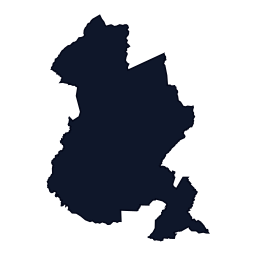 the district of Kazungula, Southern, Zambia
{"feature_id": "96606910B95953051402599", "entity_name": "Kazungula", "entity_type": "district", "adm_level": 2, "iso_a3": "ZMB", "parent_name": "Zambia", "parent_adm1": "Southern", "projection": "mercator", "projection_center": [25.557, -17.051], "detail": "fine", "context": "isolated", "style": "filled", "palette": "ink", "viewbox_px": 256, "rotation_deg": 0, "n_neighbors": 0, "source": "geoboundaries", "source_scale": "gbopen_adm2", "svg_char_len": 5798}
<svg xmlns="http://www.w3.org/2000/svg" viewBox="0 0 256 256"><path d="M99.7,15.4L92.9,19.3L91.3,20.9L90.2,23.1L88.8,23.5L87.8,24.2L86.7,26.8L85.5,27.9L84.4,30.3L84.1,33.4L84.9,35.1L83.6,36.8L81.3,37.7L79.0,37.9L76.7,41.4L74.7,42.5L73.4,42.6L72.8,43.1L72.6,43.9L71.9,43.9L71.1,45.0L69.2,45.9L68.3,45.8L64.7,48.6L63.3,50.4L62.5,50.5L60.5,53.5L60.2,54.8L58.9,55.4L59.2,56.2L56.8,58.7L55.5,59.2L55.2,61.9L53.4,63.4L53.1,64.9L53.6,65.3L51.7,67.5L52.0,68.4L51.4,69.2L53.1,69.7L53.2,70.2L54.4,71.1L55.2,70.9L55.5,71.8L56.4,71.9L57.3,72.6L56.9,73.7L58.7,74.1L58.9,74.7L59.2,74.6L60.2,75.3L60.3,76.0L62.1,77.1L62.2,78.5L61.5,79.4L61.4,80.8L60.2,82.4L63.6,82.1L64.0,82.5L69.5,83.5L69.0,84.3L70.7,84.2L72.7,85.1L74.5,85.1L75.1,84.6L75.9,86.1L77.9,87.0L76.5,95.9L80.7,111.8L79.2,116.8L72.7,121.0L69.3,117.4L69.0,118.0L69.4,119.0L69.9,118.8L70.1,119.3L69.4,120.9L69.3,122.4L68.4,124.3L68.8,125.4L69.6,125.5L70.8,126.6L70.1,128.1L70.7,129.6L70.5,130.2L69.5,130.9L69.3,131.6L69.7,131.9L69.3,132.6L65.7,133.3L65.0,135.2L64.2,134.6L63.8,134.8L63.9,135.9L63.1,136.7L63.2,137.3L63.6,137.4L63.4,138.3L62.5,139.4L61.8,139.0L61.7,140.5L60.6,141.1L60.8,142.6L62.2,143.1L62.5,144.3L63.6,144.6L64.2,148.0L63.3,148.3L63.2,149.5L62.4,150.7L61.5,151.1L61.0,150.7L59.2,151.8L58.9,152.3L59.3,153.2L59.1,153.8L58.3,154.2L58.2,155.7L57.5,155.6L57.1,155.1L55.6,155.7L55.5,157.6L55.0,158.7L53.9,158.9L53.7,159.6L52.3,160.6L51.8,162.9L52.6,163.1L52.4,164.1L53.5,165.0L53.5,165.6L52.9,166.1L53.3,167.0L52.9,167.0L52.6,168.4L52.8,173.8L51.6,174.8L50.6,177.1L49.2,177.8L49.2,178.5L48.2,180.1L48.1,181.3L47.5,181.7L48.3,183.5L47.8,185.8L48.4,186.2L47.9,187.3L49.1,188.1L50.1,191.4L51.2,192.4L52.8,192.3L53.7,191.0L56.1,191.8L56.5,192.9L55.5,195.3L55.7,196.3L56.3,196.6L56.8,196.3L57.1,194.5L58.1,194.7L58.2,196.4L60.0,197.7L60.6,200.1L62.2,200.4L61.4,202.9L61.6,203.4L62.3,203.6L61.3,205.1L61.4,205.7L62.7,205.5L64.4,203.9L65.7,204.0L66.1,204.6L65.9,206.1L66.9,205.3L67.6,205.3L68.7,206.8L68.9,208.0L68.4,209.7L69.8,210.2L72.2,212.8L76.4,213.0L80.9,215.8L85.5,219.6L90.0,221.4L92.4,220.6L95.5,222.7L97.9,222.3L99.7,223.0L102.1,221.7L106.0,222.9L107.5,224.2L108.4,224.3L110.2,224.0L113.0,221.2L116.0,221.5L117.1,222.2L119.1,221.2L120.9,221.3L120.5,210.0L137.0,210.6L138.0,209.9L137.7,208.9L139.0,208.0L139.0,207.1L139.7,206.9L140.1,205.8L140.0,204.7L148.8,204.9L148.9,203.9L152.6,200.0L155.3,199.7L155.5,198.8L162.7,200.7L166.6,203.5L167.0,205.1L165.9,206.3L166.4,206.6L166.3,208.1L165.4,208.2L165.8,209.1L163.9,210.7L163.5,210.3L162.7,210.6L162.5,212.2L161.8,212.6L162.0,213.4L161.4,215.2L159.5,216.4L159.6,216.9L159.0,217.1L158.8,218.0L157.8,218.1L156.8,219.7L155.6,220.3L155.4,228.3L153.1,232.6L150.8,234.8L150.2,236.2L147.8,237.3L150.4,237.4L150.2,237.8L150.6,238.1L152.0,238.0L153.7,238.5L153.9,239.5L154.6,239.9L157.1,239.5L158.0,240.0L159.5,239.9L160.6,240.6L162.7,240.0L162.8,238.4L164.0,237.7L167.6,238.1L168.8,237.1L169.9,238.1L174.3,238.2L174.7,235.7L175.9,234.2L174.4,234.1L173.8,232.6L174.6,232.5L175.5,231.6L176.3,231.7L178.2,230.8L179.2,231.1L179.8,230.5L180.9,230.9L188.5,226.6L189.5,227.3L189.5,228.4L191.7,230.6L196.4,230.7L198.9,232.8L203.3,232.0L206.2,232.8L208.5,232.9L207.6,231.5L207.8,230.7L207.5,229.7L206.8,229.8L206.4,230.4L205.7,230.2L205.5,228.6L204.3,227.2L204.0,226.2L201.5,223.2L200.7,223.2L200.7,222.3L198.1,220.7L197.2,221.4L195.8,221.6L194.3,219.4L193.4,219.5L192.3,220.2L191.5,219.2L191.4,217.3L189.8,215.5L189.3,213.9L188.2,213.5L187.4,211.8L187.3,211.2L189.5,210.2L188.7,209.4L188.8,208.4L191.0,207.8L191.0,207.0L192.1,206.0L192.2,205.5L191.3,204.5L191.5,203.9L192.8,203.5L192.9,202.4L192.5,201.6L193.1,200.3L193.6,200.4L194.2,199.8L194.0,199.2L193.2,199.0L193.3,198.3L194.8,196.3L194.7,194.9L196.0,194.0L197.0,192.0L195.5,190.8L195.3,189.7L194.8,189.8L194.2,189.3L193.6,189.6L193.9,188.3L190.7,185.2L189.8,183.8L190.5,183.5L189.2,181.9L188.6,182.0L188.1,181.0L187.6,180.9L188.2,179.9L187.0,178.7L188.0,177.4L183.1,177.4L176.4,188.9L173.2,186.5L172.5,184.3L174.6,177.4L173.4,177.1L174.0,176.1L173.2,175.6L173.1,175.0L174.6,172.9L174.6,172.0L172.7,171.3L172.2,172.7L170.9,172.5L169.3,170.8L168.8,170.8L168.3,169.1L167.2,168.1L165.5,168.4L165.5,167.6L165.0,167.6L164.6,166.8L163.6,166.9L163.0,166.4L161.2,166.7L160.6,167.3L159.5,165.9L160.5,165.0L160.3,164.0L161.5,163.4L161.3,161.3L162.1,161.0L162.0,159.2L163.0,159.1L164.3,157.6L164.5,156.3L165.0,156.3L165.4,155.3L165.2,154.8L165.8,153.7L168.4,152.1L168.7,151.3L170.2,150.1L170.2,149.4L170.8,149.2L171.0,148.4L174.6,145.3L174.9,144.4L176.8,142.9L177.9,141.4L179.0,140.8L179.2,139.9L184.3,137.5L184.8,136.2L182.7,132.9L183.2,132.9L183.9,130.7L184.8,130.4L185.2,129.7L186.5,129.8L186.6,129.0L187.9,128.9L188.5,127.7L190.1,126.6L191.6,126.6L193.2,123.1L192.9,122.0L193.5,120.8L192.9,119.4L193.1,118.7L194.4,116.6L193.2,114.6L193.4,113.0L192.4,111.2L192.6,109.1L193.2,107.5L193.0,106.3L191.3,106.8L187.7,106.3L185.4,107.0L183.0,106.4L180.4,102.2L178.1,100.7L177.4,95.9L176.9,95.5L176.9,93.2L177.5,92.1L177.2,90.8L175.9,89.6L175.7,87.2L174.8,86.7L174.5,85.8L171.5,86.2L170.2,85.3L167.3,85.3L166.6,75.4L164.7,65.6L163.6,64.9L163.9,64.5L163.2,63.8L164.1,61.8L164.0,60.7L165.5,59.8L164.4,58.7L164.5,58.4L165.3,58.5L165.0,57.6L165.4,57.6L165.4,56.9L165.2,56.4L164.7,56.4L164.2,54.6L163.7,54.1L163.8,53.7L128.1,70.2L127.3,68.3L127.2,67.0L128.6,64.1L127.2,63.4L126.3,62.1L125.7,62.2L125.3,59.9L125.9,56.8L127.0,54.2L126.9,53.3L125.4,52.2L125.3,51.3L126.5,50.3L126.3,48.8L126.9,47.3L127.9,47.3L129.4,46.2L127.9,44.5L126.4,43.4L126.5,42.0L127.2,40.3L126.6,40.1L125.7,38.5L126.2,36.7L127.6,35.4L128.3,33.9L128.5,31.4L127.0,30.2L126.9,29.6L128.2,27.6L127.5,25.7L126.3,24.9L124.5,25.0L123.0,25.7L119.7,24.9L116.9,26.2L114.3,26.7L111.5,25.1L110.5,25.1L106.1,26.4L105.0,25.2L103.8,22.1L101.4,19.0L99.7,15.4Z" fill="#0f172a" stroke="#020617" stroke-width="1.5"/></svg>